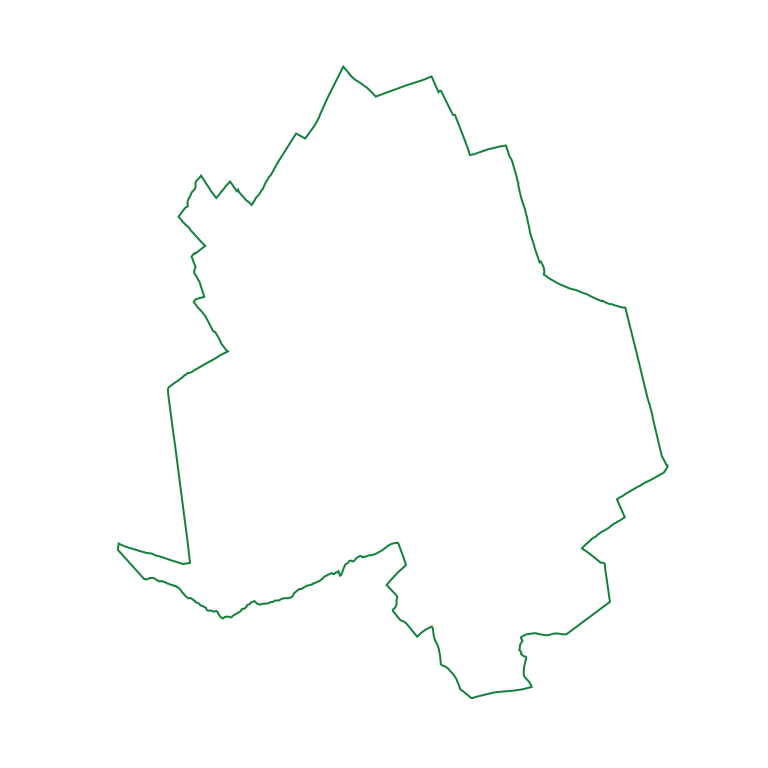 outline of Aroneanu, Iasi, Romania, rotated 266°
{"feature_id": "2599482B41407607343101", "entity_name": "Aroneanu", "entity_type": "district", "adm_level": 2, "iso_a3": "ROU", "parent_name": "Romania", "parent_adm1": "Iasi", "projection": "equal_earth", "projection_center": [27.602, 47.231], "detail": "fine", "context": "isolated", "style": "outline", "palette": "green", "viewbox_px": 768, "rotation_deg": 266, "n_neighbors": 0, "source": "geoboundaries", "source_scale": "gbopen_adm2", "svg_char_len": 6130}
<svg xmlns="http://www.w3.org/2000/svg" viewBox="0 0 768 768"><g transform="rotate(266 384 384)"><path d="M410.7,195.2L409.4,193.2L408.8,191.5L408.7,189.3L408.8,188.9L407.3,187.4L406.8,185.9L404.7,183.4L402.6,180.0L401.7,179.0L400.0,175.6L395.8,169.1L393.9,168.1L393.0,168.0L387.7,168.1L355.8,170.0L337.4,171.3L237.5,177.2L219.0,178.0L218.6,172.5L218.3,171.2L223.4,158.4L226.6,151.0L229.1,143.9L231.1,140.5L232.0,135.5L234.3,129.0L239.2,116.2L240.4,113.4L243.3,108.2L237.2,106.9L206.0,131.3L206.1,132.2L205.6,133.0L205.7,134.2L206.8,136.4L206.7,138.8L206.4,140.7L205.5,142.3L204.1,143.7L202.6,146.6L202.6,147.1L203.0,148.1L202.8,149.1L201.9,150.3L201.6,151.9L200.0,154.0L199.8,155.4L198.7,156.9L198.3,159.3L197.6,159.8L197.1,160.7L196.9,162.3L196.0,162.9L195.4,164.4L194.7,165.1L192.2,167.1L190.5,167.9L188.8,169.5L187.0,170.5L185.2,172.2L183.7,174.3L184.1,175.7L184.0,176.1L180.6,180.5L179.6,180.7L179.4,181.0L179.0,182.2L177.9,184.1L175.9,185.7L175.6,186.3L175.0,188.2L174.0,189.0L173.4,190.5L173.1,190.9L171.4,191.2L170.6,191.9L170.2,192.8L170.1,195.0L169.4,197.2L168.9,197.9L168.8,199.2L169.2,200.4L169.1,201.2L167.4,202.4L166.5,202.6L163.7,204.2L161.5,206.4L161.5,207.5L162.6,208.6L162.9,210.0L162.9,211.5L162.6,213.1L161.8,214.6L162.1,215.8L163.5,217.3L165.8,222.3L166.2,222.5L166.4,222.9L166.4,223.3L166.9,224.1L167.1,224.8L167.7,225.4L168.8,226.0L169.7,227.5L169.4,228.6L171.3,231.3L172.7,231.9L173.6,233.3L173.8,234.9L175.1,235.6L175.5,236.3L176.0,238.6L176.5,239.4L175.8,240.4L174.2,241.5L173.6,242.3L172.5,244.9L173.2,247.1L173.1,248.2L173.3,253.3L173.7,254.3L174.4,255.6L174.3,257.8L175.6,260.0L175.4,260.9L175.6,262.0L175.4,264.3L176.2,265.4L177.1,268.1L177.2,270.7L177.1,273.2L177.5,275.9L178.3,277.6L179.1,278.3L180.1,279.0L181.5,279.4L184.4,283.9L185.1,284.6L185.3,285.1L185.2,287.1L187.1,290.6L187.4,291.7L188.4,293.5L188.3,294.4L188.6,296.5L189.2,298.1L189.2,298.9L190.1,299.5L190.3,301.7L191.2,303.1L191.8,305.6L194.3,309.3L194.9,309.7L196.3,311.7L196.9,313.6L197.6,314.5L197.6,314.9L198.9,317.9L199.0,318.8L198.1,319.6L197.9,321.2L199.0,322.2L199.5,323.2L199.6,323.9L199.3,324.5L200.5,325.4L200.3,325.6L195.9,326.6L196.3,327.6L197.3,328.4L203.2,331.0L206.7,332.9L207.9,335.3L210.0,337.4L210.2,338.2L210.0,339.0L209.2,340.6L209.7,342.0L211.7,343.7L212.4,344.6L214.1,347.9L213.7,349.6L212.8,350.1L212.7,351.3L213.1,352.3L213.2,354.4L214.2,357.0L214.1,359.5L214.5,361.7L215.1,363.7L217.7,369.5L221.0,374.9L222.0,375.9L223.8,379.8L224.4,382.6L224.7,386.0L224.6,386.8L223.7,387.3L208.3,391.7L202.0,393.3L201.0,392.3L195.2,384.8L187.3,376.4L183.3,372.6L173.1,381.0L171.1,382.3L170.4,382.4L169.7,382.0L166.7,381.4L164.4,381.3L161.8,380.6L160.0,379.4L158.5,377.3L158.1,377.0L157.1,377.0L147.2,383.9L145.5,387.5L144.5,388.7L142.8,390.1L129.6,399.5L133.2,403.7L136.1,408.3L138.7,414.8L136.7,415.7L130.1,416.0L127.6,416.4L124.4,417.2L120.3,419.1L116.2,420.1L109.0,421.0L102.4,421.1L99.9,421.5L98.8,423.2L97.6,425.8L96.2,427.6L88.6,433.5L84.8,435.6L73.8,439.0L70.7,442.9L64.6,449.2L64.6,450.7L65.5,454.1L68.5,471.2L68.9,478.6L69.0,490.3L69.6,499.4L71.4,510.1L72.4,510.0L76.8,508.0L81.8,503.9L83.5,503.3L85.6,503.1L90.5,503.7L97.1,505.5L99.0,506.3L100.8,506.8L102.1,506.5L102.5,505.1L103.2,503.8L104.0,502.8L104.9,502.4L105.1,501.9L106.1,502.4L107.4,501.9L108.5,501.3L108.8,500.4L111.9,501.2L114.2,501.5L118.2,504.3L120.8,503.0L121.7,502.9L122.9,505.0L124.3,508.4L124.9,516.1L124.8,518.5L124.2,519.4L123.4,522.3L122.0,528.5L122.1,531.0L123.3,536.3L123.0,536.9L123.1,538.0L123.0,539.9L121.8,545.1L121.6,547.9L121.9,549.0L150.9,594.2L186.6,591.6L189.0,591.8L190.1,590.6L190.6,589.0L190.6,587.5L191.1,587.2L196.5,581.5L202.4,574.9L206.1,570.0L206.7,570.4L210.1,574.3L213.4,578.9L214.5,579.7L215.0,580.4L217.4,585.1L218.4,586.1L221.3,590.8L222.5,593.7L224.8,598.1L226.3,600.1L228.5,603.5L228.9,604.7L230.3,607.1L231.2,609.5L234.3,614.9L252.7,608.3L254.4,611.3L255.6,614.2L257.2,616.7L263.6,629.5L264.6,632.2L266.9,636.5L270.3,644.7L275.9,656.6L277.1,657.8L281.7,661.1L283.2,661.1L283.6,660.1L291.4,656.8L292.2,656.2L331.4,649.7L334.0,649.6L345.0,647.5L351.1,646.0L397.8,638.1L442.9,630.1L443.3,629.9L443.4,629.4L443.6,627.6L446.4,619.6L447.9,616.5L447.8,615.6L448.1,614.4L449.6,611.3L451.8,607.6L451.3,607.1L452.7,604.5L453.5,602.7L457.7,595.3L459.7,592.2L460.6,589.6L464.1,582.6L466.4,575.8L468.2,572.1L472.0,564.9L478.1,555.8L480.6,553.0L481.8,551.2L482.2,550.9L483.1,551.4L485.3,551.8L488.6,551.5L490.2,551.1L495.2,549.0L494.5,547.7L509.9,543.6L511.2,543.6L524.4,540.3L531.7,539.5L536.8,538.6L538.8,538.6L542.7,537.7L548.2,536.9L560.1,533.8L572.8,531.8L574.8,532.1L578.6,531.1L582.1,530.7L597.9,527.2L599.9,526.4L601.9,525.2L613.4,522.2L612.9,516.7L610.7,503.5L606.9,489.7L606.4,485.7L613.4,484.0L625.4,480.4L647.4,473.6L647.7,471.5L672.5,461.3L672.6,460.3L672.2,459.4L671.4,458.7L687.5,452.9L685.9,448.0L685.4,447.1L683.8,441.2L680.4,427.2L671.3,395.8L676.8,391.3L680.4,388.0L685.5,382.1L689.6,376.4L692.3,373.7L694.7,371.6L697.0,370.3L703.4,365.5L672.6,347.2L657.0,338.9L654.5,337.8L649.0,334.4L646.3,332.5L634.4,322.5L640.0,313.8L610.5,292.1L609.4,291.7L607.1,290.0L602.7,287.3L601.4,286.2L600.0,285.5L598.6,283.6L596.6,282.5L593.0,279.8L588.3,277.4L586.4,276.3L585.6,275.2L581.5,272.4L578.5,269.1L575.8,267.6L574.0,265.7L573.2,265.7L571.8,264.4L574.6,262.1L577.7,258.5L579.6,257.4L585.1,253.0L588.1,251.9L586.6,250.6L596.7,244.6L592.5,240.0L589.4,237.4L587.1,235.0L585.1,233.5L581.2,229.6L588.2,225.1L604.6,216.1L603.0,214.7L599.5,210.8L597.6,209.9L593.7,209.8L592.4,209.3L590.6,207.9L590.3,207.4L588.8,205.7L587.1,204.7L585.0,203.9L583.1,202.4L580.8,201.2L577.8,200.5L575.0,200.7L574.6,200.2L574.1,198.7L573.2,197.6L565.3,190.7L559.5,194.8L556.7,197.2L553.6,200.3L550.8,201.9L537.5,212.4L534.3,215.3L528.4,206.5L527.3,204.6L527.7,204.3L527.7,203.9L524.6,200.9L513.7,204.2L510.0,202.5L508.0,202.4L503.8,204.8L501.1,205.8L499.0,207.0L483.5,210.8L481.8,202.5L481.2,201.4L479.1,199.9L478.0,200.7L473.9,203.2L470.0,206.5L463.8,210.7L448.8,217.2L448.3,217.6L447.7,219.2L440.7,222.7L435.5,224.6L428.8,229.0L427.4,230.5L424.3,222.9L419.9,214.7L417.4,209.0L410.7,195.2Z" fill="none" stroke="#15803d" stroke-width="2"/></g></svg>